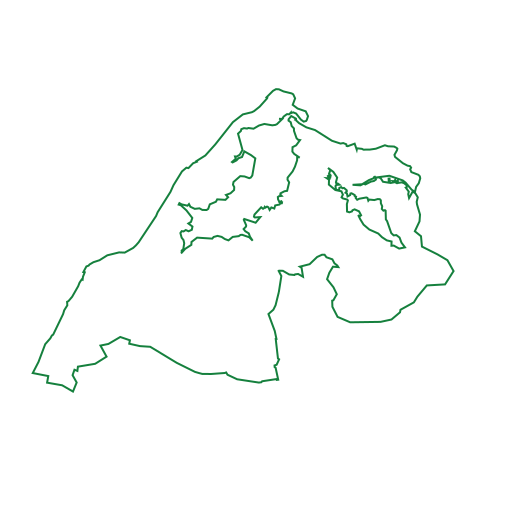 outline of Greater Monrovia, Montserrado, Liberia, rotated 101°
{"feature_id": "62588387B62702599090886", "entity_name": "Greater Monrovia", "entity_type": "district", "adm_level": 2, "iso_a3": "LBR", "parent_name": "Liberia", "parent_adm1": "Montserrado", "projection": "robinson", "projection_center": [-10.758, 6.319], "detail": "fine", "context": "isolated", "style": "outline", "palette": "green", "viewbox_px": 512, "rotation_deg": 101, "n_neighbors": 0, "source": "geoboundaries", "source_scale": "gbopen_adm2", "svg_char_len": 6147}
<svg xmlns="http://www.w3.org/2000/svg" viewBox="0 0 512 512"><g transform="rotate(101 256 256)"><path d="M252.3,82.7L247.8,65.0L233.1,59.2L223.6,67.3L219.8,78.1L215.1,94.9L205.1,97.8L201.4,104.8L190.8,102.1L184.1,102.9L174.6,107.8L172.2,108.6L167.5,108.4L164.0,111.6L162.8,114.5L169.9,116.8L166.2,118.4L163.7,118.3L160.4,121.9L160.1,121.2L157.8,121.6L156.3,124.5L155.9,126.9L157.2,130.6L154.8,131.2L155.5,132.0L157.5,132.0L157.1,133.3L154.9,134.0L156.2,134.6L156.4,136.0L157.3,134.5L158.6,137.7L157.5,138.9L154.5,139.7L154.7,140.6L158.7,139.6L158.9,145.5L156.1,148.2L155.3,150.2L156.5,153.8L158.1,152.9L159.9,154.6L161.0,157.3L164.9,162.3L164.5,164.1L166.7,167.0L167.7,174.8L165.3,165.5L159.9,159.6L157.4,155.6L155.8,155.0L155.5,154.4L156.2,153.7L151.8,140.4L153.8,126.4L155.4,123.2L161.2,115.9L162.8,112.2L157.6,112.0L153.5,110.1L148.4,109.6L146.5,110.4L145.3,112.1L144.0,119.5L141.5,121.2L139.7,120.6L138.4,121.9L138.4,124.5L136.9,129.5L132.2,138.4L130.3,139.4L125.4,137.8L123.7,137.7L123.1,138.5L122.2,141.3L123.1,147.3L122.7,150.6L127.8,158.8L129.8,164.5L131.1,170.8L130.6,172.5L131.0,177.4L132.4,177.4L126.9,180.6L130.7,186.9L130.7,188.0L129.1,188.7L128.5,191.9L129.5,194.5L128.4,203.4L121.1,222.1L120.1,231.1L117.4,239.0L115.3,242.4L114.2,242.8L114.4,243.4L113.5,243.2L111.9,248.1L115.6,250.1L116.9,249.9L118.1,247.4L121.6,245.8L123.5,243.1L125.9,242.6L132.6,238.7L133.8,237.0L133.8,234.9L139.7,237.7L142.2,240.9L146.6,240.2L148.5,238.0L151.1,231.9L150.7,234.5L154.2,233.9L160.9,234.8L166.0,236.2L173.0,239.9L175.1,239.6L177.4,237.5L186.1,237.9L187.0,240.4L189.8,243.9L191.0,243.9L192.1,242.3L192.9,244.8L193.9,245.8L196.1,245.2L198.3,243.5L198.5,242.9L197.4,241.7L197.1,240.9L198.5,242.1L198.4,240.7L199.3,240.7L199.8,242.2L201.0,242.8L202.7,246.8L205.9,247.1L205.4,250.2L208.2,251.4L205.8,253.2L205.4,254.6L206.7,255.9L206.1,256.8L207.2,257.0L208.3,258.1L207.2,260.2L215.6,265.4L217.8,265.5L218.4,264.5L217.0,259.2L223.4,262.7L221.9,274.6L222.8,274.9L227.7,271.5L229.0,271.4L231.9,273.3L233.7,271.3L235.2,267.4L238.2,265.6L241.6,262.2L238.9,266.2L237.8,273.7L238.3,275.3L239.8,276.7L241.7,282.5L245.9,286.0L245.3,289.8L243.8,293.4L243.6,297.6L245.4,301.2L247.3,302.3L249.2,317.3L254.5,322.0L257.4,321.6L262.4,326.8L267.8,330.1L266.8,329.5L264.9,330.0L263.1,328.7L257.2,328.9L254.2,330.2L252.2,332.5L247.9,334.6L245.8,333.7L245.7,331.8L243.9,329.9L244.6,326.9L242.5,324.0L239.2,324.0L237.0,328.6L234.9,326.3L230.8,325.8L224.5,333.0L220.5,339.5L220.3,341.6L218.9,341.0L218.4,342.2L219.5,338.9L219.7,332.8L217.8,331.7L220.2,329.8L221.4,325.1L220.0,320.6L221.0,317.5L220.3,313.3L218.9,311.9L214.1,311.2L210.4,305.7L207.8,304.9L206.7,296.7L203.6,294.6L201.8,297.1L199.3,293.0L195.4,290.1L192.5,290.5L190.4,292.2L187.6,292.2L180.6,286.7L180.1,282.4L180.9,277.5L180.0,276.1L177.7,275.0L160.3,275.3L157.9,280.2L155.5,287.4L161.5,288.6L163.3,291.8L165.9,293.4L168.6,296.8L168.3,297.5L164.4,294.4L162.3,295.6L162.0,293.8L159.7,291.3L154.5,289.5L139.3,297.0L136.2,294.7L134.3,294.6L132.8,292.2L132.6,289.1L131.8,287.9L131.5,282.7L127.3,277.9L124.8,273.0L124.6,264.9L123.6,262.0L122.6,260.6L116.7,256.5L116.9,259.6L116.5,256.5L113.9,255.5L111.8,253.6L110.8,252.6L110.6,250.5L108.6,249.2L109.1,249.1L107.9,246.9L108.5,243.8L113.5,238.0L115.0,234.8L113.9,232.6L112.7,232.1L108.8,231.6L104.5,234.8L103.3,243.3L100.6,248.8L93.8,247.7L90.2,250.3L89.6,252.0L89.2,260.4L88.0,265.3L88.4,268.2L90.6,270.8L98.3,276.0L98.7,275.1L99.5,275.4L108.7,280.9L114.1,285.5L115.6,287.4L119.5,295.9L129.0,304.2L154.3,317.3L167.0,324.9L174.3,332.7L174.8,332.1L176.9,335.4L182.6,339.1L182.6,341.2L187.1,344.8L202.2,350.5L209.4,352.2L231.8,360.9L235.8,361.7L264.9,373.8L268.5,375.9L271.5,378.1L277.7,385.5L278.6,391.1L283.7,402.1L290.0,408.8L293.1,414.4L296.1,417.8L297.4,418.5L298.6,420.5L304.7,422.4L304.7,421.0L309.4,421.9L312.4,421.7L312.2,422.6L315.8,424.1L319.6,424.8L331.1,428.7L336.1,431.5L337.0,432.7L340.4,431.8L345.9,433.9L349.9,434.3L371.9,440.1L373.0,441.2L376.1,442.2L382.8,446.1L401.5,449.3L413.5,452.8L413.5,437.0L420.2,436.9L419.9,421.6L424.0,409.8L414.4,407.9L408.0,413.3L402.3,412.5L402.9,409.4L398.6,409.7L392.5,393.3L383.3,383.5L373.6,391.6L370.5,384.1L361.4,373.8L362.8,363.7L366.3,363.7L366.6,352.7L365.3,342.5L376.0,313.4L381.4,293.8L381.8,289.4L382.0,286.3L380.4,277.6L376.8,264.3L376.0,263.1L378.0,261.3L380.6,251.0L379.7,229.0L378.9,226.7L377.8,226.1L373.0,212.7L373.7,212.1L373.2,210.6L362.0,215.4L361.5,216.5L359.9,216.9L358.8,215.0L353.0,213.6L352.4,214.9L333.7,220.8L333.5,220.1L326.0,223.3L310.6,232.7L305.4,228.7L300.6,227.4L287.0,226.7L286.9,226.1L286.9,226.7L270.8,227.3L265.6,231.5L266.1,231.0L265.4,226.8L267.8,219.9L267.3,214.6L266.6,214.2L265.6,211.2L267.4,205.9L258.9,209.0L258.1,210.9L253.8,201.8L245.3,195.8L242.2,191.5L241.7,188.9L243.8,186.6L244.7,180.4L248.2,177.6L249.8,174.4L251.2,173.1L251.8,178.4L258.4,180.8L265.2,181.8L271.9,174.0L278.1,169.4L284.7,171.6L285.3,172.7L291.3,171.3L300.2,164.3L303.1,150.9L296.9,121.2L292.5,110.9L283.8,103.9L281.2,103.9L271.4,92.2L265.1,89.8L252.3,82.7ZM187.7,176.7L183.9,176.4L183.2,177.2L182.9,181.7L182.1,183.2L179.2,182.4L176.2,184.5L176.1,190.7L172.0,198.1L167.2,198.9L166.1,201.4L165.8,198.9L163.8,200.7L163.2,200.2L164.2,198.1L162.6,198.1L161.1,200.0L157.6,199.4L155.8,202.1L158.7,196.1L163.5,191.3L168.3,191.6L169.7,190.9L169.2,189.7L170.1,187.8L170.9,190.7L172.2,191.3L175.1,190.4L175.7,188.9L175.4,187.0L173.3,187.2L172.1,185.6L173.0,184.1L172.4,182.6L174.2,179.5L175.0,179.2L176.8,180.2L177.2,178.7L180.1,177.5L178.2,175.2L176.6,175.2L176.2,174.2L177.3,170.8L178.2,170.6L178.7,169.1L179.9,169.3L181.5,167.4L180.1,165.6L177.5,158.9L177.7,157.7L180.3,156.3L179.0,155.6L178.5,150.5L176.9,147.4L176.6,145.3L177.5,144.1L180.4,143.5L183.1,141.6L185.8,141.5L187.2,139.6L186.4,138.2L186.8,137.4L195.3,135.5L196.7,134.0L207.7,127.6L209.5,124.8L208.7,122.2L210.5,118.6L215.1,115.8L219.1,111.4L221.4,116.9L219.5,122.8L220.1,125.0L215.9,125.7L215.7,130.6L213.5,135.9L210.6,140.3L208.4,149.8L204.7,156.4L200.0,160.7L196.3,163.5L197.3,161.8L196.0,160.6L192.5,163.4L191.4,168.1L192.7,170.0L193.9,170.3L195.3,172.7L195.0,175.1L187.7,176.7Z" fill="none" stroke="#15803d" stroke-width="2"/></g></svg>